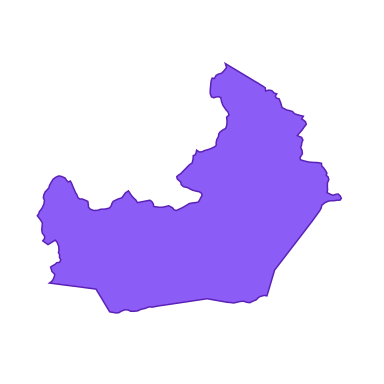 Várzea Alegre, Ceará, Brazil (orthographic projection), rotated 10°
{"feature_id": "56859067B27179773090009", "entity_name": "Várzea Alegre", "entity_type": "district", "adm_level": 2, "iso_a3": "BRA", "parent_name": "Brazil", "parent_adm1": "Ceará", "projection": "orthographic", "projection_center": [-39.32, -6.742], "detail": "fine", "context": "isolated", "style": "filled", "palette": "violet", "viewbox_px": 384, "rotation_deg": 10, "n_neighbors": 0, "source": "geoboundaries", "source_scale": "gbopen_adm2", "svg_char_len": 3399}
<svg xmlns="http://www.w3.org/2000/svg" viewBox="0 0 384 384"><g transform="rotate(10 192 192)"><path d="M172.8,312.3L179.4,309.8L184.4,308.2L225.4,294.5L230.4,294.5L246.1,294.5L248.7,294.2L252.1,294.1L255.2,292.9L258.3,291.5L261.7,290.6L265.1,291.1L268.1,291.0L271.3,288.7L274.0,287.0L275.3,285.0L276.7,283.4L278.7,282.4L281.0,281.3L283.8,281.3L284.7,273.9L286.9,254.6L301.0,227.5L302.5,224.7L315.2,200.3L320.9,188.6L322.0,185.6L322.1,182.5L323.7,180.7L325.2,179.1L328.5,177.0L331.9,176.2L334.1,175.7L336.3,174.9L339.2,174.3L340.2,172.4L338.7,170.2L336.3,168.6L334.2,169.2L331.5,170.7L328.7,170.2L325.0,169.1L325.2,166.6L324.3,162.7L323.8,159.4L324.6,156.1L323.4,153.5L321.3,152.3L321.6,150.0L320.1,148.1L317.7,145.6L315.3,143.9L314.5,141.2L310.7,141.2L305.4,141.9L301.9,142.2L296.7,141.9L293.3,141.4L292.4,139.5L294.1,135.1L293.1,131.8L291.3,129.3L291.7,127.2L291.6,124.3L292.2,121.5L290.5,119.2L285.9,118.2L287.0,116.2L289.4,112.4L291.3,108.3L292.8,105.6L291.6,103.1L289.5,101.9L287.4,101.1L288.5,98.0L286.0,97.9L283.6,97.7L279.4,97.2L277.0,95.3L274.0,94.9L271.3,94.8L266.0,93.2L264.1,89.2L261.6,85.1L258.7,84.8L257.4,83.1L258.4,80.6L255.7,80.3L253.0,78.3L250.0,78.3L246.9,79.7L246.1,76.7L243.3,75.4L202.5,59.7L204.4,63.5L202.6,66.8L200.6,69.8L197.4,71.4L195.5,73.0L194.4,76.3L192.1,76.3L191.6,78.8L191.7,81.8L192.1,86.9L192.5,90.2L193.0,92.3L194.7,95.0L197.2,95.4L199.1,94.3L201.2,93.6L203.8,93.9L205.4,97.8L207.3,101.2L211.2,105.2L213.4,106.8L215.1,109.7L213.1,112.3L214.1,115.8L214.5,118.2L214.6,120.9L214.0,123.7L212.0,125.1L209.2,128.0L208.3,130.1L208.4,132.8L207.3,136.1L207.2,139.0L207.7,142.0L206.3,143.7L204.6,144.8L202.7,146.2L199.7,147.8L196.8,149.2L194.9,150.7L192.1,151.3L189.3,150.0L189.2,152.8L188.7,154.8L186.9,156.0L187.3,159.0L187.1,163.3L184.7,165.7L179.4,173.4L177.7,175.9L175.7,177.8L174.3,179.5L175.3,181.8L179.2,184.2L180.1,186.6L182.6,188.2L187.0,188.5L189.7,189.4L192.1,190.1L196.4,190.5L199.1,190.5L201.6,191.6L202.5,193.8L201.6,195.9L201.0,198.2L199.9,200.9L197.3,201.8L194.3,202.7L191.2,203.9L189.4,205.6L185.4,209.0L183.1,210.6L179.7,213.0L177.5,212.7L175.5,210.9L171.5,209.6L166.2,211.9L162.9,212.7L156.8,212.9L156.0,210.5L154.0,208.3L151.9,207.4L140.2,211.9L138.0,209.6L135.5,208.0L133.0,206.0L129.2,201.9L126.5,204.5L125.3,207.1L124.0,209.8L120.1,211.9L116.0,214.9L115.1,217.4L114.9,219.6L113.5,222.1L109.4,223.9L105.1,224.8L102.3,226.4L98.1,227.3L94.7,226.5L92.7,224.9L92.1,222.4L91.0,219.3L87.0,218.3L84.8,217.9L82.8,218.5L80.5,217.2L79.2,214.8L77.3,212.7L75.4,209.8L73.5,206.9L72.0,204.5L70.3,202.3L68.3,203.6L66.5,202.3L64.5,200.2L60.6,199.3L58.0,199.3L55.3,201.1L52.9,203.6L51.6,207.1L50.5,210.3L50.4,212.6L48.7,215.4L47.4,217.3L46.6,220.4L46.6,223.5L48.1,225.7L48.3,229.3L47.2,233.7L46.2,235.8L45.1,237.8L44.8,240.0L43.8,242.3L46.1,244.3L48.6,246.8L50.0,248.5L50.3,251.4L50.6,255.4L51.7,258.4L54.6,261.3L54.8,263.8L53.5,266.0L55.5,267.0L59.3,268.8L61.7,266.7L65.6,263.2L67.8,264.8L70.1,268.5L71.1,272.5L71.0,274.9L72.4,276.5L72.9,279.6L74.6,281.6L73.7,284.3L71.1,285.1L69.6,287.2L67.5,288.8L65.8,290.5L67.9,294.6L71.1,296.9L71.1,299.3L70.3,302.6L69.2,304.6L67.4,306.4L83.7,305.7L89.2,305.4L114.3,304.3L121.4,312.4L131.7,324.3L135.0,324.3L138.1,324.3L140.7,323.7L143.4,321.4L146.5,319.6L149.6,319.3L152.2,320.1L155.4,319.6L159.2,318.5L160.9,317.2L162.8,316.1L165.6,315.0L169.8,312.5L172.8,312.3Z" fill="#8b5cf6" stroke="#5b21b6" stroke-width="1.5"/></g></svg>